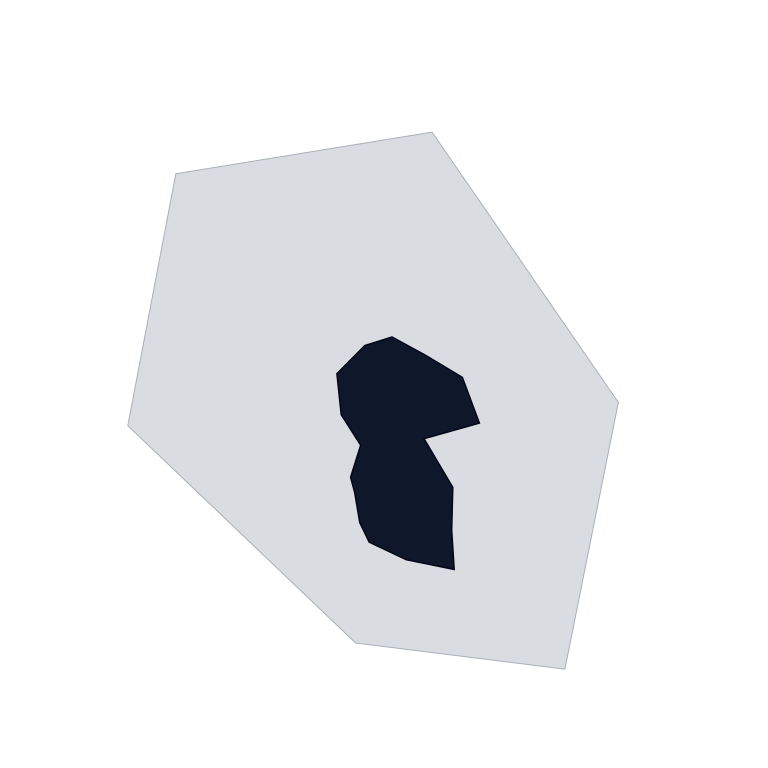 Domagnano highlighted on a map of San Marino, rotated 110°
{"feature_id": "SMR-4887", "entity_name": "Domagnano", "entity_type": "state/province", "adm_level": 1, "iso_a3": "SMR", "parent_name": "San Marino", "parent_adm1": "", "projection": "equal_earth", "projection_center": [12.471, 43.949], "detail": "fine", "context": "in_parent", "style": "filled", "palette": "ink", "viewbox_px": 768, "rotation_deg": 110, "n_neighbors": 0, "source": "natural_earth", "source_scale": "10m", "svg_char_len": 533}
<svg xmlns="http://www.w3.org/2000/svg" viewBox="0 0 768 768"><g transform="rotate(110 384 384)"><path d="M510.8,610.5L257.6,651.5L130.9,425.0L321.1,157.5L590.1,116.5L637.1,322.1L510.8,610.5Z" fill="#d9dde1" stroke="#a8b0b8" stroke-width="1"/><path d="M534.3,254.6L541.5,302.9L537.7,343.8L522.5,359.4L495.9,374.5L483.1,383.5L449.5,385.0L427.5,413.7L390.4,431.8L354.4,415.2L337.1,392.6L342.8,354.9L351.0,312.6L388.1,281.0L421.7,327.7L457.6,284.0L498.2,270.4L534.3,254.6Z" fill="#0f172a" stroke="#020617" stroke-width="1.5"/></g></svg>